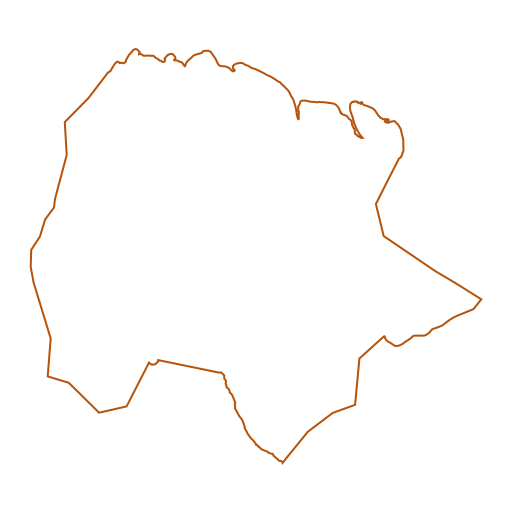 the district of Zavxan, Uvs, Mongolia
{"feature_id": "93677404B25640564843773", "entity_name": "Zavxan", "entity_type": "district", "adm_level": 2, "iso_a3": "MNG", "parent_name": "Mongolia", "parent_adm1": "Uvs", "projection": "albers", "projection_center": [93.393, 48.88], "detail": "fine", "context": "isolated", "style": "outline", "palette": "amber", "viewbox_px": 512, "rotation_deg": 0, "n_neighbors": 0, "source": "geoboundaries", "source_scale": "gbopen_adm2", "svg_char_len": 5930}
<svg xmlns="http://www.w3.org/2000/svg" viewBox="0 0 512 512"><path d="M388.1,119.4L387.0,119.1L386.0,119.3L384.8,119.1L383.4,119.3L383.0,119.2L381.7,118.2L380.2,117.6L379.7,116.8L378.2,115.4L377.9,115.0L377.7,114.3L376.4,112.7L375.7,111.3L373.8,109.2L371.4,107.6L370.7,107.6L369.2,106.8L366.1,105.6L364.7,105.3L363.7,104.9L363.1,104.4L362.9,104.1L362.4,103.9L362.2,103.1L362.2,102.7L362.1,102.4L361.8,102.2L360.9,102.4L360.8,102.6L360.7,102.8L360.7,103.7L360.6,103.8L359.7,103.1L359.3,103.1L358.9,102.7L358.7,102.5L358.4,102.5L357.6,102.6L357.0,102.1L357.1,101.8L356.5,101.7L356.0,101.4L355.3,101.4L355.0,101.6L354.5,101.5L354.2,101.7L354.0,101.8L353.7,101.6L353.3,101.9L352.8,101.8L352.3,102.0L351.8,102.5L351.3,102.8L351.0,103.2L350.6,103.8L350.3,104.7L350.1,105.8L350.0,106.9L350.1,109.1L350.5,111.4L351.0,112.6L351.9,115.3L352.9,117.9L353.3,120.1L353.8,121.4L354.4,124.0L355.1,125.4L356.4,128.6L358.1,131.7L360.4,135.5L362.6,137.8L362.2,137.8L361.8,137.6L361.4,137.9L361.1,138.0L360.5,137.4L359.3,136.9L359.1,136.6L357.8,136.2L357.1,135.3L356.8,134.7L355.4,134.2L355.1,133.6L354.9,132.9L354.8,132.3L354.9,131.0L354.8,130.3L352.1,125.0L352.1,124.5L351.9,123.2L351.5,121.4L351.1,120.5L350.1,119.6L348.9,118.8L347.3,116.5L346.6,115.9L344.0,114.8L343.5,114.8L343.0,114.7L341.2,113.5L340.8,113.1L340.7,112.9L341.0,112.5L340.3,111.8L338.9,108.3L338.1,107.2L337.1,105.9L336.0,104.8L333.9,103.7L332.3,103.5L330.3,102.9L328.9,103.1L327.8,102.7L327.0,102.6L325.8,102.6L324.4,102.2L323.5,102.3L318.8,101.9L318.1,102.3L315.0,102.1L314.3,101.9L310.3,101.7L304.9,100.5L301.8,100.7L301.2,101.0L300.6,101.5L300.0,102.8L299.6,104.2L299.0,105.2L298.5,105.8L298.2,106.5L298.2,107.2L298.3,109.5L298.4,111.2L298.8,111.6L298.9,112.3L298.6,115.0L298.6,115.9L298.8,118.2L298.7,118.8L298.5,119.2L298.2,119.2L297.7,118.0L296.8,114.6L296.0,109.1L295.5,106.9L294.1,102.1L293.3,99.8L292.4,97.9L291.1,96.2L289.6,92.7L288.6,91.1L287.6,89.9L286.1,88.5L284.1,86.3L281.7,84.2L280.3,82.5L278.6,81.7L274.7,79.1L270.6,76.6L268.9,75.9L266.5,74.7L264.0,73.3L263.2,72.8L261.3,72.1L259.9,71.0L258.4,70.6L255.6,69.1L252.8,68.4L249.9,67.0L248.6,66.0L245.8,65.0L244.1,64.2L243.5,63.6L242.7,63.2L241.9,63.0L240.7,62.9L239.7,63.1L237.6,63.3L236.0,63.8L234.3,64.7L233.5,65.5L233.0,66.1L232.9,67.4L232.9,68.0L233.4,69.0L233.8,69.5L234.3,69.6L234.6,69.9L234.7,70.3L234.6,70.6L234.0,71.1L233.1,71.4L232.6,71.2L231.4,70.3L230.2,69.0L228.6,67.7L226.6,66.8L224.9,66.4L221.4,66.1L220.0,65.8L219.5,65.5L218.6,64.7L217.8,63.5L216.9,61.9L216.8,61.5L215.5,58.6L211.1,52.4L210.6,51.8L208.2,50.7L205.0,50.9L202.9,51.3L201.7,53.0L195.1,54.8L193.2,55.8L191.0,58.0L188.2,60.4L187.0,61.8L186.2,62.9L185.0,66.1L184.8,66.3L184.6,66.2L182.8,63.4L181.7,62.4L181.1,62.0L179.2,61.6L178.5,61.1L177.4,60.6L175.0,60.3L174.5,60.4L174.1,60.2L174.1,59.9L175.1,59.0L175.4,58.3L175.4,57.8L174.8,56.5L173.4,54.8L172.9,54.3L172.1,54.0L171.0,53.8L168.6,54.5L168.2,54.9L167.7,55.0L167.0,55.7L165.8,57.2L164.6,58.5L164.6,59.1L165.0,59.5L165.1,59.8L164.8,61.1L164.4,61.6L163.6,62.0L162.6,61.9L161.8,61.5L161.2,60.9L159.6,60.5L158.5,59.6L157.9,59.0L157.3,58.6L156.4,58.3L155.7,57.9L154.9,57.0L153.4,55.8L150.4,55.8L147.4,55.5L145.0,55.8L143.9,55.7L143.3,55.6L142.3,54.8L141.0,54.2L140.3,53.8L139.8,53.7L139.1,54.2L139.0,53.6L139.6,52.0L137.5,49.8L136.9,49.4L135.8,49.1L134.6,49.3L134.0,49.6L133.1,50.2L131.7,52.0L128.9,55.1L126.9,58.5L126.1,60.0L125.9,61.1L125.5,61.9L124.9,62.6L123.2,63.3L122.3,62.9L121.2,62.8L120.6,62.8L120.3,63.0L119.6,63.1L118.4,61.8L117.5,61.7L117.1,61.7L115.5,63.1L114.8,63.8L113.5,65.8L111.0,70.0L110.5,71.0L109.7,71.6L109.2,71.8L107.9,72.7L88.6,97.9L64.8,122.1L66.7,155.0L55.0,199.0L54.0,207.5L45.1,219.5L39.9,236.6L31.2,249.9L30.7,267.0L33.6,282.5L50.7,338.5L47.7,376.4L68.8,382.8L99.1,412.7L126.6,406.4L149.0,362.6L151.1,364.5L151.7,364.6L153.0,364.6L155.1,364.3L156.0,363.6L158.1,361.5L158.2,360.1L218.8,372.6L221.2,372.5L224.2,375.4L224.2,377.9L224.3,378.3L224.7,379.2L225.5,380.0L225.9,380.8L226.0,382.0L225.6,383.7L225.7,384.0L226.4,385.0L226.4,385.3L226.3,386.4L226.4,386.6L227.1,387.7L227.9,388.2L228.3,388.6L229.6,390.9L229.7,391.2L229.7,392.0L229.8,392.4L230.5,393.2L231.4,393.9L232.2,395.0L233.3,397.8L233.7,398.6L235.2,402.5L235.3,403.0L234.7,404.2L234.7,404.4L234.9,404.9L235.1,406.2L235.1,407.2L235.0,408.4L235.9,409.8L236.5,410.9L237.6,413.2L239.7,416.7L241.0,418.3L241.7,419.2L242.9,421.6L243.5,423.2L243.8,424.4L244.2,425.6L244.7,426.4L244.6,428.0L246.6,431.5L247.8,434.0L249.1,435.7L250.3,437.5L254.2,441.5L254.7,442.4L255.7,443.5L255.8,443.7L255.8,444.6L256.2,444.8L257.2,445.2L257.9,445.6L258.0,446.3L258.6,446.6L259.1,447.1L259.3,447.0L259.6,447.1L260.5,448.4L261.6,449.3L265.6,451.0L267.1,451.4L267.7,451.8L268.1,452.4L268.5,452.7L271.1,453.6L271.9,453.7L272.7,453.9L273.0,454.3L273.4,455.4L273.5,455.8L274.9,456.6L275.6,457.6L277.5,459.0L278.1,459.8L279.0,460.7L279.6,460.9L280.1,460.9L281.1,461.0L281.7,461.4L282.2,461.9L282.6,462.9L287.8,456.3L307.9,431.7L332.6,413.0L355.1,404.8L359.4,358.5L383.8,336.5L384.3,336.3L384.7,336.5L385.0,337.9L386.0,339.7L387.0,340.9L388.8,342.1L390.7,343.0L393.3,344.9L395.1,345.9L395.8,346.0L397.8,345.9L398.7,345.7L402.3,344.1L404.5,342.4L410.0,338.8L411.8,337.3L412.5,336.5L413.5,335.9L413.9,335.8L415.4,335.6L423.4,335.7L424.3,335.6L425.3,335.2L426.9,334.5L428.9,333.0L430.1,331.7L431.1,330.5L432.4,329.1L437.0,327.6L442.0,325.6L449.2,320.2L453.4,317.6L456.3,316.1L473.5,309.1L481.3,299.3L455.3,283.0L435.7,271.4L383.7,236.1L375.9,204.0L387.5,181.0L399.0,158.5L400.4,157.7L400.9,156.9L402.0,155.1L402.6,152.8L403.3,151.2L403.5,149.8L403.5,148.7L403.3,147.4L403.3,140.1L402.6,136.7L402.1,134.9L401.7,133.4L401.1,130.5L400.6,128.9L399.0,126.0L398.1,124.7L395.0,121.5L394.4,121.1L394.1,121.1L392.6,121.4L391.8,121.4L388.3,122.7L387.0,122.7L384.9,121.8L384.9,121.4L385.0,121.1L385.7,120.5L386.4,120.1L387.3,120.2L388.1,120.9L388.3,120.8L388.7,120.2L388.7,119.8L388.1,119.4Z" fill="none" stroke="#b45309" stroke-width="2"/></svg>